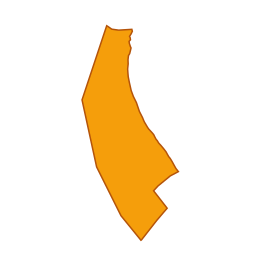 Baron'S Drive/Coin De L'Anse, Soufrière, Saint Lucia (orthographic projection), rotated 129°
{"feature_id": "8701671B23391099181160", "entity_name": "Baron'S Drive/Coin De L'Anse", "entity_type": "district", "adm_level": 2, "iso_a3": "LCA", "parent_name": "Saint Lucia", "parent_adm1": "Soufrière", "projection": "orthographic", "projection_center": [-61.06, 13.851], "detail": "fine", "context": "isolated", "style": "filled", "palette": "amber", "viewbox_px": 256, "rotation_deg": 129, "n_neighbors": 0, "source": "geoboundaries", "source_scale": "gbopen_adm2", "svg_char_len": 856}
<svg xmlns="http://www.w3.org/2000/svg" viewBox="0 0 256 256"><g transform="rotate(129 128 128)"><path d="M130.2,61.4L129.3,65.3L127.7,69.3L126.3,72.7L125.1,76.1L124.6,78.5L123.4,81.5L122.6,83.4L121.7,87.1L120.9,91.2L120.4,94.6L119.4,97.4L119.1,99.1L118.0,101.7L117.0,103.8L116.6,105.7L115.8,111.1L115.2,113.2L114.2,115.9L113.0,119.1L112.2,120.7L110.8,123.2L108.0,129.5L103.0,137.4L100.1,143.7L96.9,149.1L91.6,155.8L88.0,160.1L85.5,162.5L82.4,165.4L78.1,168.2L74.9,171.0L71.4,173.2L69.2,173.5L66.8,174.6L63.9,176.0L63.2,177.4L61.4,180.2L60.0,181.7L57.9,181.6L56.5,183.1L55.8,184.5L52.9,184.8L50.1,185.5L48.9,187.1L57.8,196.8L61.4,202.8L61.7,207.0L61.9,208.9L62.5,208.7L135.1,181.4L178.0,127.9L200.6,78.2L207.1,47.3L206.3,47.1L181.6,47.5L165.7,47.1L160.7,68.6L154.1,68.2L138.6,65.0L130.2,61.4Z" fill="#f59e0b" stroke="#b45309" stroke-width="1.5"/></g></svg>